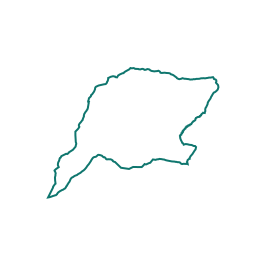 Breaza, Suceava, Romania, rotated 339°
{"feature_id": "2599482B22435462631292", "entity_name": "Breaza", "entity_type": "district", "adm_level": 2, "iso_a3": "ROU", "parent_name": "Romania", "parent_adm1": "Suceava", "projection": "natural_earth1", "projection_center": [25.34, 47.631], "detail": "fine", "context": "isolated", "style": "outline", "palette": "teal", "viewbox_px": 256, "rotation_deg": 339, "n_neighbors": 0, "source": "geoboundaries", "source_scale": "gbopen_adm2", "svg_char_len": 5750}
<svg xmlns="http://www.w3.org/2000/svg" viewBox="0 0 256 256"><g transform="rotate(339 128 128)"><path d="M184.7,170.2L184.2,169.0L184.1,168.8L183.1,168.4L182.7,168.2L181.9,167.2L181.0,166.5L179.9,166.0L178.3,165.0L178.0,164.6L177.4,164.4L176.3,163.7L175.5,163.6L174.0,163.5L174.0,162.3L173.7,161.7L173.3,161.3L173.3,160.7L173.3,160.0L173.1,158.5L173.1,156.3L173.3,155.8L173.3,155.4L173.6,154.7L173.6,154.3L173.6,154.0L173.9,153.7L174.4,153.5L174.5,153.3L174.9,153.3L175.2,153.4L175.3,153.4L175.6,152.8L176.1,152.5L176.1,152.2L176.7,152.3L176.8,152.2L176.8,151.9L177.2,151.7L177.2,151.4L177.4,151.4L177.5,151.5L177.8,151.5L177.9,151.4L177.9,151.1L178.2,150.9L178.1,150.4L178.3,150.3L178.6,150.4L178.8,150.2L179.1,150.1L179.1,149.9L179.6,149.8L180.0,149.6L180.2,149.4L180.4,149.3L180.4,149.2L180.6,149.0L180.8,149.0L181.1,149.2L181.3,149.2L181.5,148.9L181.8,148.5L182.0,148.2L182.4,148.3L182.5,148.1L182.6,147.9L182.8,147.8L183.1,147.8L183.3,148.1L183.5,148.1L183.5,147.9L184.0,147.8L183.9,147.5L184.0,147.5L184.3,147.5L184.6,147.6L185.2,147.5L185.2,147.3L185.3,147.2L185.8,147.4L185.8,147.2L186.2,147.3L186.4,147.5L186.6,147.4L187.0,147.3L187.1,147.0L187.5,146.9L187.7,147.0L188.4,147.1L188.6,146.8L188.8,146.7L189.6,146.1L190.1,145.8L190.4,145.7L190.7,145.5L190.9,145.5L191.2,145.2L191.7,145.1L192.0,145.2L192.8,144.9L193.3,144.9L193.5,144.8L193.9,144.5L194.2,143.7L194.4,143.5L194.8,143.3L195.0,143.0L195.5,143.0L195.9,142.9L196.5,142.8L196.7,142.7L197.7,142.9L198.0,142.9L198.2,143.1L199.0,143.2L199.3,142.9L199.5,142.5L200.1,142.5L200.6,142.5L200.8,142.4L200.9,141.9L201.3,141.6L201.8,141.4L202.1,141.2L203.0,141.1L203.4,141.0L203.6,140.7L205.0,141.5L205.4,140.8L206.2,140.0L206.4,139.5L206.5,139.2L206.5,138.9L206.6,138.7L207.0,137.9L207.6,137.1L208.4,136.6L210.8,134.3L211.5,133.1L211.7,132.8L213.2,131.6L215.2,130.3L215.9,129.7L216.7,128.8L217.4,128.2L217.9,128.0L218.1,127.8L218.3,127.5L220.7,125.7L221.4,125.7L222.3,125.6L223.8,125.1L225.5,124.3L226.0,123.7L227.0,122.4L227.1,121.8L227.3,121.3L227.4,120.0L227.0,118.9L226.4,117.5L226.4,117.0L227.2,116.2L227.5,115.1L227.2,114.2L225.8,113.0L225.8,112.8L225.9,112.0L225.7,111.4L225.6,111.0L223.0,110.5L222.1,110.1L221.4,109.9L220.8,109.9L219.1,109.5L218.4,109.4L217.6,109.2L216.7,108.7L214.0,107.8L212.1,107.6L209.3,106.6L208.9,106.6L207.8,106.4L206.8,105.9L205.6,105.8L204.5,105.4L203.3,105.0L202.3,104.2L200.7,103.4L199.5,102.7L198.6,102.4L196.6,101.0L195.8,101.1L195.2,101.1L193.4,100.8L192.8,100.4L191.6,99.1L191.4,98.2L190.5,96.9L190.0,96.0L189.1,94.7L188.0,93.7L187.5,93.4L187.2,93.1L187.0,92.4L186.0,91.5L183.6,90.4L182.0,89.5L179.9,88.9L179.0,88.6L178.5,88.3L178.1,88.0L178.1,87.4L177.8,86.5L177.4,86.0L176.8,85.4L175.9,85.4L173.5,84.7L172.9,84.6L170.5,83.2L169.5,82.2L169.1,81.3L168.9,81.0L167.7,80.2L167.1,79.9L165.8,80.0L164.6,79.8L164.1,79.5L163.9,78.9L163.0,78.1L162.0,77.8L160.5,77.7L159.1,77.0L158.8,76.6L158.2,76.3L157.5,76.1L157.1,75.8L155.8,75.3L155.5,74.8L154.8,74.1L153.2,73.7L152.5,73.4L151.8,72.9L150.2,73.7L145.7,74.3L144.3,74.7L143.5,75.2L142.6,74.9L139.1,75.1L138.6,75.3L137.7,75.4L135.9,76.8L134.5,76.0L134.4,75.4L132.6,74.3L130.1,74.0L127.3,74.3L127.2,75.0L126.0,76.7L125.0,77.4L124.5,78.2L122.9,79.0L121.3,78.6L115.8,77.8L113.0,78.0L112.1,78.4L111.5,79.1L111.2,79.9L109.4,81.8L106.4,83.8L105.6,83.9L105.1,84.4L104.8,85.0L104.1,85.4L102.2,86.2L101.6,87.2L101.1,88.0L100.4,88.6L100.6,89.2L100.5,89.3L100.8,89.5L100.4,89.9L100.2,90.4L100.3,90.6L99.7,91.5L98.6,93.4L98.1,94.1L97.9,94.7L97.0,95.7L96.7,96.2L95.8,96.6L95.1,97.3L94.2,97.7L92.0,99.4L91.7,100.0L91.1,100.8L91.0,101.4L89.3,103.1L88.8,103.8L88.6,104.2L88.0,104.4L87.3,104.9L85.7,105.9L84.9,106.2L83.9,106.9L83.5,107.3L83.2,107.6L82.9,108.5L83.0,109.5L82.8,109.7L82.0,110.3L80.9,111.0L77.6,112.5L76.3,115.9L74.2,122.5L74.2,123.5L74.0,124.3L73.2,125.3L72.4,126.6L68.8,128.6L63.9,129.6L63.3,130.2L61.9,130.5L61.0,129.9L55.7,130.4L54.5,131.5L53.7,131.6L53.0,132.3L52.5,133.2L51.4,134.4L50.6,135.0L49.6,136.6L49.2,137.7L49.3,139.7L45.8,140.6L44.2,141.3L44.1,141.5L44.3,142.7L44.3,144.3L43.7,145.2L43.5,145.7L43.2,146.4L42.2,147.8L41.8,148.7L41.7,149.4L41.3,150.3L40.4,154.0L39.7,154.2L37.3,155.8L36.8,156.3L36.7,156.7L28.5,164.2L30.1,164.5L32.1,164.6L33.8,164.6L34.5,164.7L35.7,164.7L36.6,164.9L37.4,164.6L38.0,164.4L38.3,164.0L38.9,163.7L39.4,163.3L40.5,162.9L41.2,162.8L42.2,162.5L42.8,162.5L43.8,162.3L45.5,162.3L46.9,161.9L47.5,161.9L48.7,161.2L49.2,160.6L49.5,160.3L50.0,160.2L50.5,159.9L51.3,159.0L51.8,158.8L53.0,157.8L54.1,157.2L55.0,156.3L56.0,155.2L57.0,154.5L57.7,154.3L58.2,154.1L59.1,154.1L60.9,153.6L63.7,153.6L64.7,153.2L67.6,152.8L69.4,152.1L71.6,151.6L72.0,151.4L72.8,151.1L74.8,150.0L76.6,148.7L78.5,147.7L81.6,145.5L82.3,144.8L82.7,144.6L83.7,143.8L84.8,143.2L85.4,143.1L85.9,143.0L87.4,143.3L87.9,143.3L89.3,142.8L90.3,142.4L90.6,142.4L91.3,142.7L92.5,143.5L93.8,144.6L94.1,145.5L94.8,146.6L95.4,146.7L95.8,147.1L96.2,148.0L96.4,149.0L96.7,149.5L97.5,149.9L98.2,150.0L99.2,150.5L100.2,150.8L101.1,151.5L101.4,151.8L102.1,152.9L102.1,153.0L102.0,153.4L102.4,154.0L103.0,154.6L103.7,155.1L107.2,162.6L114.3,166.6L118.8,166.2L124.7,168.6L126.8,169.4L128.7,168.6L130.6,167.6L131.1,168.1L131.9,168.5L135.0,168.3L136.4,168.4L137.0,168.0L140.0,166.3L142.3,167.6L144.0,167.7L144.8,168.0L145.3,168.1L146.2,168.1L148.2,169.1L149.1,169.7L150.6,170.5L151.6,171.5L153.1,172.5L157.1,175.0L158.7,175.7L159.7,176.2L160.1,176.6L160.8,176.8L161.9,177.6L163.7,178.4L164.2,178.9L164.3,179.2L164.4,179.6L164.7,180.2L165.5,181.0L165.8,181.1L167.0,181.3L169.4,182.4L170.4,182.7L170.8,183.1L171.0,182.0L170.8,180.9L171.3,180.5L172.2,179.3L173.7,178.8L174.4,178.8L174.3,178.5L176.2,176.8L179.0,175.3L180.0,174.5L181.0,173.8L181.9,173.1L183.4,172.2L184.7,170.2Z" fill="none" stroke="#0f766e" stroke-width="2"/></g></svg>